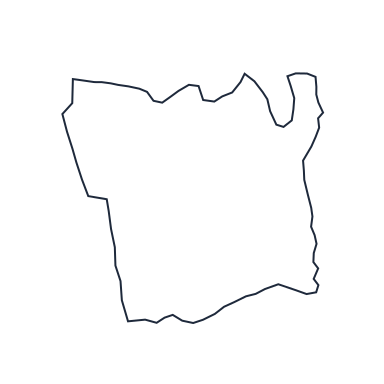 the district of Flamoudi, Cyprus, rotated 102°
{"feature_id": "46923920B70745451588805", "entity_name": "Flamoudi", "entity_type": "district", "adm_level": 2, "iso_a3": "CYP", "parent_name": "Cyprus", "parent_adm1": "", "projection": "albers", "projection_center": [33.856, 35.393], "detail": "fine", "context": "isolated", "style": "outline", "palette": "slate", "viewbox_px": 384, "rotation_deg": 102, "n_neighbors": 0, "source": "geoboundaries", "source_scale": "gbopen_adm2", "svg_char_len": 1194}
<svg xmlns="http://www.w3.org/2000/svg" viewBox="0 0 384 384"><g transform="rotate(102 192 192)"><path d="M106.3,332.0L130.0,327.6L142.7,335.0L159.0,326.8L174.6,317.9L187.2,311.2L202.7,302.2L217.6,292.6L216.8,273.9L228.0,269.5L245.0,263.5L262.1,256.0L279.9,251.6L294.0,243.4L312.5,238.1L331.8,227.7L326.6,211.3L327.3,199.4L320.6,192.7L316.2,185.3L319.9,174.8L319.9,163.6L314.7,154.7L306.5,144.3L297.6,136.8L291.0,127.9L282.8,117.5L278.4,108.5L271.7,100.4L264.3,88.4L266.5,69.8L268.0,58.7L264.3,49.7L256.8,49.0L251.7,54.9L240.5,52.7L235.3,58.7L226.4,60.2L216.8,59.4L208.7,63.1L201.2,68.3L190.9,69.1L182.7,72.1L170.8,78.0L156.8,84.7L147.9,87.0L138.2,89.9L122.7,84.7L112.3,82.5L102.6,81.0L93.7,84.0L87.1,80.3L78.2,87.0L70.8,90.7L63.3,92.2L53.7,95.1L52.2,104.1L54.4,115.2L58.9,122.7L67.8,117.5L78.9,111.5L90.0,110.0L101.2,109.3L109.3,116.0L108.6,123.5L96.7,132.4L85.6,137.6L79.6,143.6L70.7,154.0L65.4,165.1L74.4,167.4L86.3,173.4L92.2,182.3L98.9,189.0L99.7,200.2L87.0,207.6L87.8,217.3L95.9,226.2L103.4,232.9L110.8,239.7L110.8,248.6L103.4,256.8L101.9,265.0L101.9,276.2L102.6,286.6L102.6,294.0L103.3,303.0L104.8,310.4L105.6,322.4L106.3,332.0Z" fill="none" stroke="#1e293b" stroke-width="2"/></g></svg>